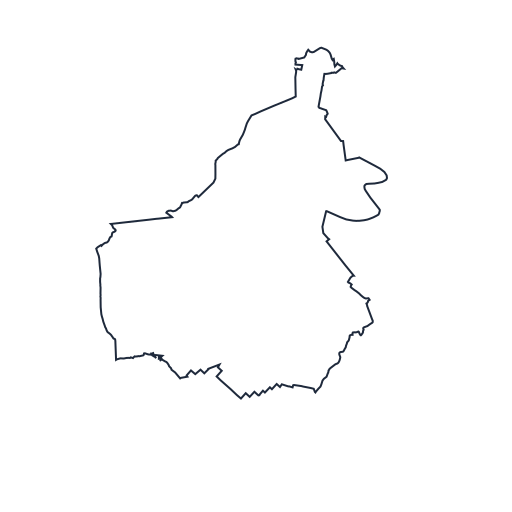 Altepexi, Puebla, Mexico (Mercator projection), rotated 58°
{"feature_id": "50627088B76973650104721", "entity_name": "Altepexi", "entity_type": "district", "adm_level": 2, "iso_a3": "MEX", "parent_name": "Mexico", "parent_adm1": "Puebla", "projection": "mercator", "projection_center": [-97.299, 18.358], "detail": "fine", "context": "isolated", "style": "outline", "palette": "slate", "viewbox_px": 512, "rotation_deg": 58, "n_neighbors": 0, "source": "geoboundaries", "source_scale": "gbopen_adm2", "svg_char_len": 6107}
<svg xmlns="http://www.w3.org/2000/svg" viewBox="0 0 512 512"><g transform="rotate(58 256 256)"><path d="M165.1,387.6L168.2,388.4L172.6,389.3L175.1,390.3L178.3,392.0L181.4,393.6L188.9,397.3L191.5,399.2L192.3,400.0L195.3,401.9L197.9,403.2L198.4,403.6L200.5,404.6L205.6,407.9L206.8,408.5L208.0,409.5L209.1,409.9L210.9,411.1L217.2,414.9L223.4,418.0L225.5,418.7L228.1,419.4L230.8,420.3L235.4,421.3L236.5,421.6L238.0,421.6L239.5,422.0L241.4,422.2L242.4,422.0L243.0,421.7L245.0,421.0L246.3,420.7L247.6,420.7L248.2,420.6L250.4,420.6L250.8,420.4L251.1,420.0L251.6,419.7L252.2,419.7L253.7,420.4L254.9,421.1L269.9,429.7L269.9,428.8L270.9,425.3L272.9,422.4L273.9,419.7L274.6,418.5L275.7,416.8L275.6,415.9L277.4,414.4L277.1,413.6L276.8,412.1L277.4,411.5L278.3,409.7L278.5,408.9L279.2,408.1L280.5,404.3L280.3,403.5L279.3,402.6L279.6,401.8L282.4,399.5L284.2,397.1L283.2,396.6L283.5,396.1L285.3,396.6L285.9,396.3L283.7,395.5L283.8,394.7L285.9,395.2L286.9,395.1L287.3,395.2L287.5,395.1L288.8,395.0L288.8,394.9L287.2,394.9L286.0,395.0L287.1,393.2L291.0,388.3L291.2,389.5L290.2,391.8L291.5,392.7L291.8,390.6L293.3,390.5L293.6,392.3L293.8,392.3L293.8,390.7L297.3,388.9L298.3,388.2L299.5,387.9L301.9,387.8L303.5,388.1L306.2,387.5L307.7,387.9L311.9,386.3L319.6,385.2L319.5,384.4L322.0,378.1L320.5,378.1L318.6,371.8L324.0,370.1L323.0,363.3L328.1,362.0L326.8,356.3L326.4,356.2L328.7,344.5L330.2,347.3L335.2,345.9L337.3,353.2L342.6,351.9L355.7,348.0L363.8,345.9L368.9,344.3L366.9,337.4L372.1,336.0L370.3,329.3L375.4,327.9L375.6,327.7L375.8,327.0L375.6,326.9L373.9,321.5L376.5,320.8L374.7,313.8L377.4,313.1L375.5,306.3L379.8,305.1L378.5,302.1L383.7,297.7L384.2,296.9L386.8,294.6L385.3,293.0L385.5,292.2L390.4,286.4L391.7,285.2L397.0,279.5L399.2,277.4L402.5,278.1L403.2,277.9L402.8,277.2L401.6,273.4L400.9,270.5L399.4,268.5L396.9,265.6L396.1,263.5L395.8,260.2L395.2,259.4L393.4,257.1L393.3,256.7L392.5,255.9L391.5,255.1L391.3,254.4L390.8,253.7L390.5,252.3L389.9,246.2L390.0,245.3L390.3,243.9L390.2,243.1L390.0,242.4L389.6,241.7L388.9,240.6L388.0,239.6L386.7,238.3L386.0,238.0L383.9,237.6L383.2,237.3L382.5,236.8L382.3,236.4L382.2,235.9L382.2,235.4L383.2,233.1L383.2,232.7L382.9,231.8L381.7,229.8L381.4,229.1L380.9,228.2L379.6,227.0L379.3,226.5L378.6,225.6L378.3,225.2L377.6,224.6L377.2,223.7L377.2,223.2L376.6,221.9L374.6,219.8L374.2,219.4L373.7,219.2L373.3,218.8L373.1,218.3L373.4,216.9L373.5,216.5L374.0,215.9L373.7,215.7L373.1,215.4L372.5,214.9L372.2,214.4L372.4,213.9L372.9,212.9L373.4,212.3L373.9,211.2L374.1,210.6L374.2,209.6L374.3,209.2L374.8,209.0L376.5,209.3L377.9,209.4L378.6,209.2L378.8,209.1L378.7,208.4L378.3,207.6L378.1,206.8L377.2,205.5L376.4,205.1L375.8,204.1L375.4,203.7L374.8,203.7L374.3,203.5L373.8,203.0L373.7,202.4L373.8,201.8L374.3,199.2L374.5,198.7L374.3,197.0L374.3,196.3L374.2,195.2L374.2,192.8L374.0,192.2L373.7,191.9L372.9,191.4L372.4,191.2L371.8,191.2L357.2,188.2L356.8,187.9L354.8,187.5L354.8,186.6L354.3,185.5L353.9,185.2L353.5,184.7L353.4,182.9L351.4,183.0L350.3,185.3L349.1,186.3L347.2,187.1L344.7,187.9L342.4,188.4L339.1,189.6L337.2,190.5L333.5,191.9L332.3,192.1L331.3,190.9L330.9,190.0L329.6,190.4L328.9,190.7L327.5,191.7L326.7,191.8L324.5,187.5L324.3,186.6L324.1,185.2L324.2,184.0L324.5,183.5L311.0,185.2L281.0,188.4L280.5,185.1L279.2,185.6L272.3,186.8L266.4,184.2L255.2,172.8L255.4,172.3L267.5,164.1L272.8,160.1L277.4,155.0L279.3,152.4L281.0,149.5L282.9,145.5L284.1,142.3L284.6,140.3L285.4,136.1L285.7,132.8L285.8,130.3L285.0,128.9L284.4,128.4L283.7,127.5L282.6,126.6L281.4,126.6L267.1,128.1L259.0,128.4L256.8,128.3L255.3,127.7L254.1,127.0L253.6,126.1L253.4,124.3L254.5,122.1L257.3,117.1L258.7,113.7L260.1,109.7L260.3,106.3L260.3,105.1L259.3,103.6L256.9,102.5L252.8,102.6L247.8,104.4L242.4,107.4L227.2,116.2L227.3,116.4L223.3,127.0L222.5,129.3L208.5,123.0L204.7,121.2L203.5,123.0L182.1,124.5L176.7,124.9L174.5,123.4L174.9,123.2L175.2,122.9L173.8,121.2L173.5,120.1L173.3,119.8L171.2,119.4L169.6,119.2L165.9,122.2L165.3,122.6L164.0,123.8L162.9,123.8L162.6,123.9L161.9,123.3L154.9,116.9L152.4,114.8L150.4,112.8L147.2,110.1L146.7,108.7L145.6,108.5L143.0,106.1L143.0,105.8L140.5,103.9L137.8,101.5L138.7,100.1L139.3,98.9L140.8,95.1L140.6,94.8L141.7,93.2L141.7,92.4L142.7,91.6L143.0,91.2L142.8,89.1L142.1,83.9L143.5,82.3L141.6,82.6L140.6,82.4L139.2,83.6L138.0,84.2L136.2,84.9L135.7,84.9L135.8,85.1L136.4,86.3L137.1,88.6L135.1,88.0L132.4,86.6L130.0,85.6L130.0,85.8L130.2,86.0L130.5,87.2L128.9,87.2L124.6,86.0L122.6,85.8L120.3,86.2L118.8,86.8L117.8,87.4L114.0,90.2L113.6,91.6L113.6,98.9L113.0,100.5L111.4,101.9L108.8,102.4L109.6,104.3L110.6,106.0L111.9,107.1L113.2,109.9L111.5,115.4L110.9,115.6L110.6,116.2L109.9,116.7L109.6,117.9L110.3,118.5L111.8,119.4L112.9,119.5L113.5,120.4L114.6,121.1L118.6,115.6L122.0,118.9L120.4,120.6L119.2,121.6L119.5,121.9L119.3,123.3L118.8,123.5L120.2,123.8L121.4,124.6L125.2,127.9L135.2,133.9L141.8,137.8L141.4,141.9L138.1,161.1L135.9,175.1L135.1,181.4L134.4,185.3L137.4,191.3L138.7,193.5L141.8,197.2L142.9,198.4L144.7,200.8L146.2,202.9L148.8,207.8L149.6,208.9L150.6,210.0L152.1,211.4L151.8,212.3L152.4,216.0L152.3,217.5L152.2,219.0L151.8,221.0L151.4,223.3L151.4,225.5L151.9,228.0L151.8,229.7L152.1,232.2L152.7,236.5L153.2,237.3L153.8,239.7L154.8,240.3L156.4,241.8L157.3,242.2L165.2,247.1L168.9,249.5L170.9,252.7L171.2,253.1L175.5,273.6L173.1,274.0L172.8,274.9L172.7,275.6L173.4,277.9L173.9,279.3L174.2,280.4L174.2,281.5L173.9,284.0L174.1,285.5L172.2,289.3L172.2,290.1L171.8,290.6L172.8,291.8L173.8,293.5L174.1,293.9L174.5,294.7L174.6,295.3L174.5,296.3L174.9,298.9L174.9,300.3L174.1,302.7L172.4,304.1L172.1,304.5L171.9,305.1L171.3,306.2L171.3,306.7L171.2,308.0L171.8,309.1L178.0,306.7L178.6,306.6L172.5,319.2L171.7,320.7L168.7,327.1L151.9,362.1L153.6,361.7L155.9,362.1L156.9,362.1L158.3,361.5L159.5,361.3L159.9,361.5L159.9,361.9L160.4,362.2L160.4,363.4L160.1,364.8L160.3,365.7L161.4,366.8L162.5,367.7L162.9,368.2L162.7,369.4L163.5,371.0L164.1,371.7L164.7,372.5L165.2,373.6L165.4,374.4L165.5,375.5L165.1,376.4L164.9,377.2L164.9,378.7L165.1,380.2L165.5,381.6L164.6,381.7L164.6,383.9L164.6,385.0L164.7,386.0L165.1,387.6Z" fill="none" stroke="#1e293b" stroke-width="2"/></g></svg>